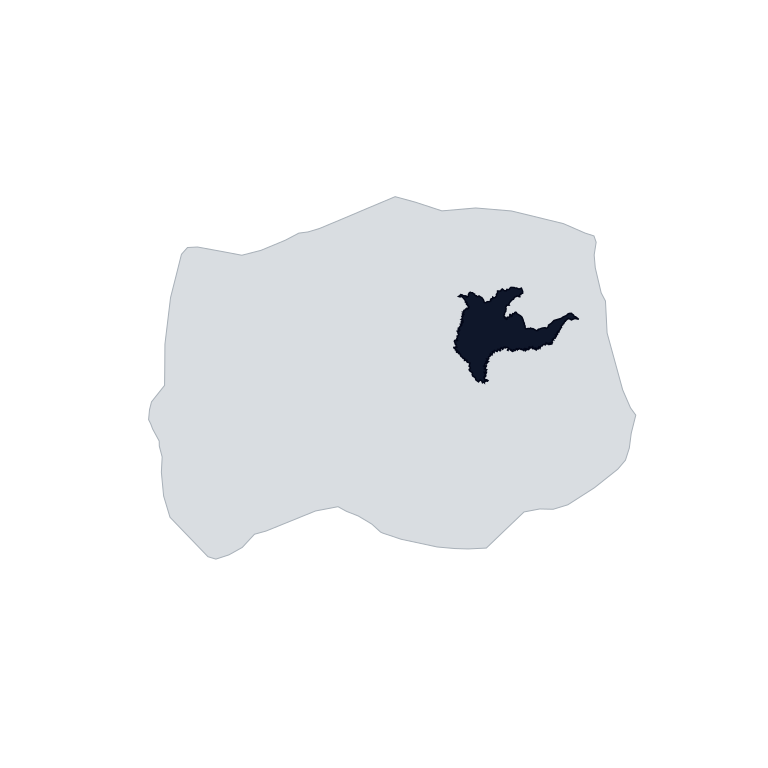 Matsoku, Leribe, Lesotho shown in context, rotated 36°
{"feature_id": "5366337B96273842849421", "entity_name": "Matsoku", "entity_type": "district", "adm_level": 2, "iso_a3": "LSO", "parent_name": "Lesotho", "parent_adm1": "Leribe", "projection": "orthographic", "projection_center": [28.558, -29.136], "detail": "fine", "context": "in_parent", "style": "filled", "palette": "ink", "viewbox_px": 768, "rotation_deg": 36, "n_neighbors": 0, "source": "geoboundaries", "source_scale": "gbopen_adm2", "svg_char_len": 7156}
<svg xmlns="http://www.w3.org/2000/svg" viewBox="0 0 768 768"><g transform="rotate(36 384 384)"><path d="M489.2,499.5L470.8,505.3L468.3,505.8L456.5,504.5L440.8,505.9L428.4,509.1L418.9,510.3L403.2,527.0L375.0,572.3L367.5,581.7L365.4,599.5L358.9,613.5L350.9,624.5L343.1,627.2L319.5,623.0L289.2,617.6L271.5,604.1L255.8,586.3L247.4,573.4L238.7,566.3L235.7,562.3L223.3,556.4L218.6,553.3L214.5,551.2L209.4,542.6L206.4,535.1L207.3,514.1L198.5,501.7L183.4,480.6L173.7,463.2L160.5,439.5L152.4,419.2L143.9,398.1L144.8,389.1L152.6,382.8L175.5,371.8L193.3,363.4L205.9,348.2L219.7,325.6L226.4,312.0L233.1,305.7L240.4,296.1L253.3,274.9L267.5,251.3L282.9,225.9L302.4,218.5L329.1,209.9L354.7,187.7L385.4,169.1L434.9,148.8L458.0,143.7L466.8,140.8L472.3,144.6L478.2,156.1L486.6,165.8L506.1,182.6L514.4,186.7L534.5,211.6L556.0,228.8L580.6,248.5L597.4,258.4L606.0,261.2L613.0,278.6L620.1,291.6L624.1,303.7L623.2,315.5L615.2,344.3L603.7,373.7L594.5,385.9L583.4,393.6L572.5,405.2L568.2,428.8L563.2,456.6L549.0,468.0L538.0,475.5L522.8,484.6L489.2,499.5Z" fill="#d9dde1" stroke="#a8b0b8" stroke-width="1"/><path d="M453.8,304.2L452.4,303.4L453.7,302.9L453.9,302.0L452.6,300.5L453.4,299.2L453.4,298.3L452.5,297.7L452.3,297.0L453.6,297.3L454.3,296.8L453.8,296.4L453.7,295.0L452.7,294.1L453.1,293.7L454.4,293.6L453.7,292.9L453.6,292.1L454.2,292.2L454.9,291.2L455.6,291.5L456.4,291.2L455.9,289.0L458.2,289.0L458.6,288.7L458.6,288.3L458.3,288.1L456.8,288.6L457.5,287.4L457.5,285.6L458.0,285.6L459.4,286.4L459.7,285.8L459.4,284.8L459.4,283.7L459.8,283.4L460.3,283.8L460.9,283.6L460.9,282.7L461.7,282.5L462.6,281.7L463.9,281.9L463.8,283.5L464.1,284.1L464.6,283.9L464.2,283.4L464.3,282.3L464.6,281.9L465.2,281.8L466.3,282.2L466.5,281.5L466.7,281.4L467.7,282.2L468.9,282.1L469.2,281.6L468.5,280.9L468.6,280.2L469.2,279.9L470.3,280.1L470.5,279.4L470.3,277.8L471.7,277.9L471.3,277.2L472.5,276.7L472.4,275.7L474.6,275.5L474.8,274.9L475.2,275.1L475.7,274.8L477.1,274.8L476.6,273.5L476.7,273.0L478.8,274.1L478.9,273.6L477.8,272.7L477.8,272.1L478.2,271.9L479.0,273.0L479.4,271.5L480.2,271.6L480.7,271.2L480.0,269.4L480.7,269.7L480.6,269.2L481.0,269.0L480.6,268.4L481.6,268.2L482.1,267.1L483.4,268.1L483.6,268.0L483.2,267.1L483.9,267.6L485.3,266.1L485.7,266.6L484.9,267.2L487.1,267.0L486.5,265.7L487.9,265.3L488.3,264.7L487.5,264.2L487.4,263.3L488.8,263.3L488.0,262.6L488.9,262.4L488.6,261.6L489.0,260.6L489.6,260.2L489.4,258.9L490.4,257.7L491.4,257.6L491.0,255.8L491.5,256.1L492.3,255.9L492.1,255.6L491.4,255.5L491.5,255.2L492.9,254.9L493.8,253.8L493.7,255.0L494.1,255.2L495.5,253.8L495.2,253.3L496.2,253.0L496.1,252.6L495.5,252.6L495.9,251.6L494.9,251.3L495.0,250.0L494.0,249.0L494.2,248.6L495.0,248.5L494.4,248.1L494.4,247.2L495.5,246.3L494.9,245.5L495.4,244.9L495.3,244.2L494.2,243.6L494.9,243.4L495.1,241.5L493.9,241.3L494.2,240.5L493.7,239.9L493.8,239.4L494.6,239.6L495.0,238.9L494.2,238.1L494.4,236.3L493.9,235.2L494.4,234.0L493.1,232.7L493.8,231.1L493.4,230.1L493.9,229.4L493.5,229.0L493.6,227.9L493.4,227.0L493.8,226.7L493.4,226.2L493.8,225.7L494.4,222.7L495.4,222.6L496.4,221.9L497.9,222.1L499.5,219.3L500.6,218.4L503.5,217.2L499.5,217.0L498.3,217.6L496.7,216.8L495.2,216.9L494.2,216.6L492.4,218.0L491.6,219.3L491.4,221.3L489.4,224.7L488.9,226.6L484.2,232.7L483.7,236.6L482.5,239.7L483.3,240.8L482.7,243.7L481.8,244.0L481.3,243.7L479.1,245.8L477.3,248.5L476.7,248.9L476.6,249.7L477.0,250.3L476.3,250.9L475.8,251.3L472.1,251.6L470.4,252.7L469.8,252.5L469.2,253.7L468.0,254.3L466.6,256.0L464.9,255.5L464.1,254.2L462.2,253.2L461.8,252.3L460.8,252.0L458.1,249.8L457.4,249.8L456.6,248.9L454.4,248.6L449.8,249.0L449.2,248.4L448.4,248.4L447.8,249.3L448.1,250.6L446.8,251.4L447.6,253.6L447.6,254.2L446.8,254.1L445.7,253.3L445.0,253.8L446.3,255.7L446.0,256.5L445.0,257.0L444.5,257.6L444.5,258.2L445.4,259.2L445.3,259.6L445.0,259.8L442.1,258.6L441.8,258.9L442.1,259.3L441.8,259.2L440.6,258.1L440.6,257.0L440.0,256.2L439.7,254.7L439.7,253.3L439.0,252.7L438.7,251.5L437.4,250.6L437.0,248.1L438.9,246.6L438.2,246.3L437.7,244.6L438.1,240.6L438.9,239.3L438.6,237.6L438.9,236.3L439.8,235.1L439.9,234.4L442.2,233.9L442.6,233.5L441.6,232.7L441.3,231.8L442.1,231.1L441.7,230.3L442.8,229.1L441.8,227.6L438.8,225.7L437.4,227.9L434.8,228.4L434.1,229.2L432.7,229.4L429.9,231.2L429.6,232.6L429.9,233.7L428.9,234.7L427.8,235.2L428.1,236.8L426.5,237.8L423.8,237.6L423.5,239.0L423.7,240.3L421.2,242.0L422.4,243.8L422.2,245.4L422.8,245.8L423.2,246.8L423.1,248.7L422.3,249.7L420.9,249.8L421.5,250.8L421.4,251.5L420.6,252.0L420.8,253.5L421.5,253.8L421.4,254.5L420.9,255.4L419.0,256.8L418.9,257.9L418.6,258.3L417.2,259.1L415.0,257.5L412.3,256.6L411.2,256.9L409.1,256.9L408.6,258.2L407.9,258.6L406.9,258.3L406.5,258.7L405.0,258.7L404.4,258.0L403.4,258.4L402.1,258.1L400.9,258.9L399.8,259.1L399.4,260.6L399.7,260.9L399.6,261.7L400.8,263.6L400.1,264.7L399.8,264.6L399.8,265.1L399.2,265.3L398.4,264.6L396.3,266.0L394.5,266.0L394.1,266.6L393.5,266.6L393.4,268.0L392.9,269.3L394.4,268.8L395.2,267.6L396.7,267.6L400.0,268.4L401.4,269.2L401.6,269.7L402.3,269.2L402.5,269.8L403.2,269.5L403.4,270.2L403.9,270.1L404.0,270.7L404.4,270.6L404.3,271.0L405.0,270.9L405.6,271.4L405.8,271.0L407.5,271.7L407.3,272.4L408.0,273.2L407.5,273.7L407.5,274.3L406.6,274.0L406.6,274.9L406.0,275.4L406.2,276.3L405.4,277.5L406.1,278.8L405.5,279.5L406.6,279.5L406.8,279.8L406.3,281.2L407.7,281.1L407.2,282.0L407.9,282.7L407.2,283.5L408.3,284.1L408.9,285.1L408.7,285.7L409.3,285.8L408.8,286.5L410.3,286.3L410.1,287.7L411.1,287.0L411.6,287.3L411.5,288.9L410.6,289.0L410.8,289.6L411.7,289.9L412.4,291.0L412.1,291.4L411.2,291.3L412.1,292.3L411.6,293.4L411.8,294.5L411.3,295.2L411.7,295.6L412.9,295.5L412.9,296.1L412.2,296.6L412.5,297.0L413.6,296.8L413.4,297.4L412.3,298.3L414.0,299.0L414.1,299.5L415.3,299.7L415.5,301.6L415.0,302.3L416.1,303.1L416.1,304.1L416.6,304.4L417.2,304.2L416.4,304.9L416.6,305.5L417.9,305.7L417.5,306.3L416.6,306.2L416.0,306.6L415.6,307.3L415.8,308.1L416.6,308.6L417.8,308.7L417.8,309.6L418.4,309.9L419.4,309.7L420.1,311.2L421.2,311.3L421.0,311.8L419.0,313.3L419.2,313.7L420.9,313.6L421.8,314.5L422.6,313.9L423.4,314.7L423.8,314.4L423.5,313.9L423.9,313.7L424.3,314.3L423.7,315.3L424.0,315.6L424.6,315.4L425.7,314.0L426.3,314.3L426.5,315.5L428.4,315.0L429.1,316.0L430.1,316.4L431.4,316.3L433.0,316.8L434.3,316.0L435.3,317.6L437.1,316.0L437.4,316.1L437.6,317.0L438.5,317.4L441.3,316.5L442.4,319.6L444.0,319.9L444.7,320.6L444.3,322.1L445.0,322.7L446.0,323.0L448.9,322.9L449.4,323.3L449.5,324.2L451.0,325.4L454.1,325.2L456.0,326.7L459.2,326.7L459.3,324.7L460.0,324.1L461.4,324.1L462.9,325.1L463.3,323.9L464.3,324.0L463.8,323.5L464.4,322.8L464.8,321.5L466.0,321.0L466.1,320.1L464.6,320.2L463.8,320.7L463.9,321.7L463.6,322.1L463.1,321.9L462.8,320.9L462.0,320.7L461.7,319.9L460.8,319.8L460.8,318.9L461.7,318.3L461.6,317.5L461.2,317.4L460.4,318.3L460.7,317.2L460.4,316.0L459.3,316.3L458.2,315.7L460.2,314.7L460.0,314.2L459.1,314.5L458.6,313.1L458.7,312.1L456.3,312.7L456.3,312.3L456.9,311.9L456.2,310.5L456.4,309.8L456.2,309.1L455.9,309.1L454.6,311.1L454.2,311.0L454.6,310.4L453.8,308.4L455.0,307.8L455.1,305.8L453.8,306.7L453.3,305.8L454.6,304.5L453.9,304.6L453.8,304.2Z" fill="#0f172a" stroke="#020617" stroke-width="1.5"/></g></svg>